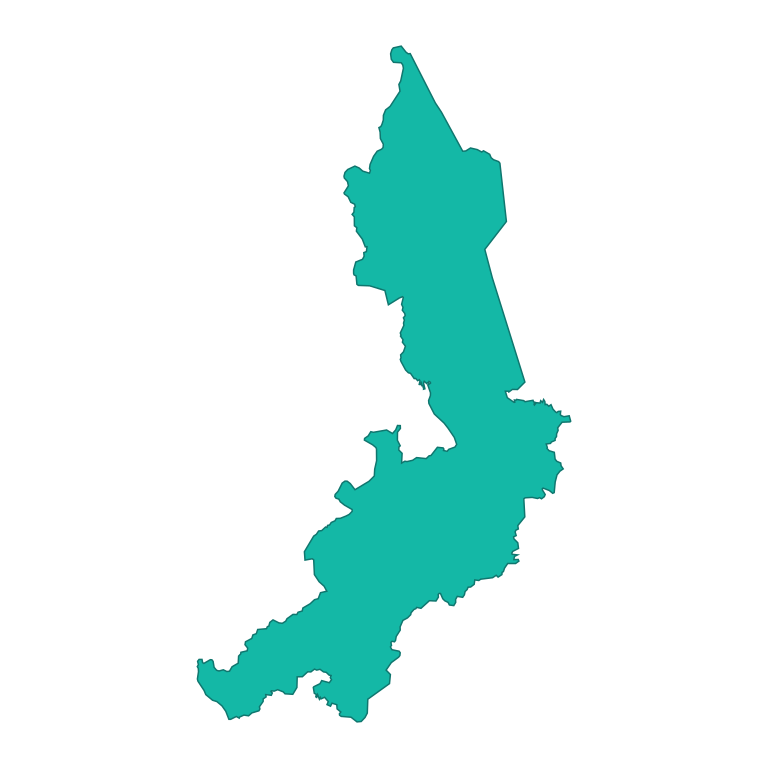 outline of Huehuetla, Hidalgo, Mexico
{"feature_id": "50627088B94198813487846", "entity_name": "Huehuetla", "entity_type": "district", "adm_level": 2, "iso_a3": "MEX", "parent_name": "Mexico", "parent_adm1": "Hidalgo", "projection": "natural_earth1", "projection_center": [-98.075, 20.532], "detail": "fine", "context": "isolated", "style": "filled", "palette": "teal", "viewbox_px": 768, "rotation_deg": 0, "n_neighbors": 0, "source": "geoboundaries", "source_scale": "gbopen_adm2", "svg_char_len": 6117}
<svg xmlns="http://www.w3.org/2000/svg" viewBox="0 0 768 768"><path d="M570.7,421.2L569.2,415.8L563.9,416.7L561.3,415.6L560.3,414.6L560.7,411.2L558.2,411.4L556.8,412.6L555.6,412.0L553.0,409.2L551.0,404.7L548.8,406.2L546.8,404.3L545.2,404.6L544.8,401.4L543.6,399.5L542.5,402.4L540.7,400.7L540.0,403.1L536.4,402.7L534.4,405.0L534.0,404.1L535.6,402.5L533.6,401.9L533.0,400.3L525.0,401.7L523.7,400.6L516.5,399.4L515.9,400.3L514.4,400.0L514.8,402.2L514.1,402.4L507.3,397.7L505.3,391.2L508.4,391.2L508.8,392.0L512.4,389.4L517.5,389.5L524.9,382.1L492.3,277.8L484.8,249.4L506.4,221.5L499.9,163.2L498.6,161.6L493.5,159.7L491.1,157.7L489.7,154.3L483.5,150.8L481.7,152.0L477.3,149.6L470.5,148.0L465.7,151.0L462.7,151.2L441.4,112.1L435.3,102.9L410.2,53.6L408.2,53.8L406.0,52.2L401.2,46.1L393.3,47.9L391.9,49.7L390.6,53.8L391.3,59.3L393.5,62.3L401.3,62.8L402.8,65.1L403.4,68.3L400.7,81.0L398.9,84.4L400.0,91.2L390.1,106.4L385.6,109.9L383.4,115.3L383.3,120.1L381.9,124.5L380.8,126.6L378.9,127.6L380.1,132.1L380.4,138.6L383.3,144.1L383.1,147.5L381.6,149.2L377.2,151.2L373.6,156.3L370.1,164.4L369.5,168.6L370.4,170.4L369.5,173.2L362.7,171.1L359.2,168.0L354.9,166.1L347.7,169.5L345.0,172.4L344.0,176.1L344.3,178.0L347.5,181.6L348.4,185.9L344.0,192.9L344.5,194.1L348.1,196.7L350.8,202.3L354.6,204.2L355.3,206.7L354.2,207.5L353.9,212.2L352.1,214.4L354.3,216.8L354.4,225.8L356.8,227.7L356.4,231.2L362.3,239.1L365.3,246.9L367.0,246.7L366.4,251.6L363.8,252.6L364.1,256.3L362.5,259.3L355.8,262.0L353.6,269.9L353.6,273.3L354.0,274.8L356.1,276.0L356.9,284.3L358.3,285.4L369.6,285.8L384.9,290.5L388.4,304.8L399.3,298.0L402.5,296.7L403.3,297.5L401.6,304.4L403.0,307.3L402.3,310.2L404.7,313.4L405.2,315.6L403.4,317.8L404.4,320.1L403.5,323.1L403.9,325.3L400.3,333.0L401.0,335.2L400.5,336.1L403.0,339.7L402.4,342.2L405.4,346.2L403.5,351.8L400.6,354.9L401.0,357.7L400.3,359.4L401.0,361.5L405.6,370.0L408.4,372.8L410.5,373.3L414.2,378.6L415.7,378.5L417.7,380.7L419.4,379.7L420.0,381.0L419.2,384.4L420.2,384.6L421.2,382.8L421.9,385.7L422.8,385.5L423.2,387.3L423.9,386.9L423.6,389.2L424.9,388.8L423.5,382.9L424.2,381.3L426.8,383.6L427.4,382.6L428.3,383.0L429.0,381.4L430.4,382.3L430.5,383.2L427.8,385.0L430.5,392.8L430.4,395.6L428.6,400.5L428.9,403.5L434.3,414.0L444.1,423.1L448.0,428.1L454.3,437.4L456.7,444.4L454.9,447.1L448.8,449.3L447.1,451.3L443.5,450.5L443.9,449.1L443.1,447.9L437.4,447.3L431.0,455.5L429.1,455.8L426.2,458.6L416.6,457.6L412.6,460.3L406.9,461.6L404.9,461.2L401.6,463.1L402.1,453.3L398.8,450.0L398.9,447.1L400.2,445.8L397.4,440.3L397.5,432.1L400.4,428.5L400.3,425.6L397.5,425.5L395.7,429.9L392.5,433.5L386.6,430.0L373.4,432.3L370.8,431.7L368.2,435.9L364.6,438.4L364.4,440.1L372.5,444.7L375.9,447.5L376.5,449.0L376.6,460.7L374.7,469.2L374.3,476.0L369.0,481.3L355.0,489.7L350.3,483.6L347.2,481.2L345.0,481.1L342.2,483.1L338.1,491.3L335.2,494.4L334.8,496.5L336.0,498.2L338.8,499.1L340.3,501.8L344.6,505.2L352.1,509.5L352.2,511.3L349.2,514.4L346.1,516.0L340.4,518.3L336.3,518.5L335.0,520.8L331.2,522.5L329.6,525.0L327.6,525.4L327.0,527.4L325.6,527.0L321.7,530.6L318.6,531.0L316.4,534.3L313.7,536.1L304.4,551.7L305.0,560.1L312.2,558.8L313.7,559.8L314.4,574.6L319.1,581.7L324.1,586.2L326.8,591.2L320.5,592.7L318.2,598.7L314.5,599.7L310.1,603.8L302.9,608.0L302.2,611.0L298.1,612.2L296.8,614.5L293.0,614.4L287.0,618.7L285.7,621.2L282.3,623.3L279.0,622.9L273.0,619.9L269.8,622.4L268.8,626.2L267.4,626.6L266.5,628.7L257.7,629.5L256.3,633.7L252.9,634.9L251.8,638.4L245.5,641.8L245.0,644.7L247.7,648.1L247.2,650.8L240.9,652.3L240.7,653.9L238.6,656.1L238.2,663.2L232.1,666.7L229.5,671.2L226.8,671.5L223.3,669.8L219.0,671.0L216.6,670.3L214.1,667.3L213.1,661.4L211.9,659.8L210.3,659.7L203.9,663.4L202.6,662.6L202.0,659.4L199.1,659.4L197.6,661.3L198.4,664.7L197.3,666.6L198.3,668.4L198.5,671.7L197.4,679.0L198.0,681.3L204.1,690.5L205.8,694.6L212.5,700.2L216.9,701.6L222.0,705.9L225.8,711.3L228.9,719.3L230.7,719.3L236.3,716.5L239.2,718.1L239.5,717.1L243.9,715.1L248.6,715.8L251.9,712.9L258.9,710.8L259.9,709.0L259.4,706.8L263.1,701.5L263.2,698.9L266.1,696.9L265.7,694.6L271.3,695.3L272.3,693.0L271.0,691.6L271.3,690.8L274.2,691.1L277.7,689.7L283.3,691.9L285.0,693.8L292.8,694.3L296.9,687.5L297.2,676.8L302.4,676.7L307.7,671.8L310.9,671.9L314.5,669.1L316.7,670.1L320.0,669.3L323.5,671.9L326.2,672.3L329.1,675.1L331.1,675.5L330.3,677.7L331.5,679.7L329.3,682.7L321.7,680.6L320.0,683.7L314.0,686.6L313.3,687.4L314.3,693.3L316.3,694.4L315.8,696.8L316.7,697.4L317.6,694.6L319.4,699.2L320.3,697.4L321.0,698.9L324.6,697.3L328.3,701.6L327.0,704.6L330.5,706.2L332.0,703.2L336.8,704.7L337.1,708.9L340.8,712.0L339.4,713.8L339.6,715.2L341.2,716.4L351.0,717.2L357.0,721.9L361.2,721.5L365.0,717.5L367.3,713.1L367.8,699.2L389.5,683.6L390.4,674.5L386.1,670.1L391.3,662.6L398.6,657.2L399.9,655.5L400.2,652.7L399.1,651.2L391.9,649.7L390.4,646.9L391.5,645.4L390.9,642.4L392.0,641.3L394.5,641.8L395.5,640.5L396.2,636.5L400.2,630.1L400.1,626.9L402.9,620.4L407.5,617.9L410.7,614.7L411.1,612.7L414.0,609.4L415.8,608.7L416.7,607.4L421.0,608.3L429.4,600.7L436.0,601.0L438.4,597.1L438.2,594.4L439.2,593.4L440.5,593.5L442.8,598.8L444.8,600.8L448.1,602.4L449.4,605.0L453.8,605.6L455.7,602.4L455.6,599.4L457.3,596.4L462.7,597.3L464.4,594.8L465.1,591.5L467.1,589.6L468.1,587.2L470.7,587.0L474.2,584.3L474.8,579.9L478.8,580.5L480.7,579.2L492.6,577.7L496.2,575.3L498.1,577.1L501.9,574.6L502.1,572.3L503.4,571.6L504.5,568.2L507.7,563.5L515.6,563.5L518.9,561.1L518.2,559.5L513.8,559.6L514.5,556.4L517.5,554.9L512.2,554.3L511.8,553.1L512.7,551.4L518.5,548.4L517.8,542.8L513.9,538.8L513.6,536.8L516.2,535.6L515.1,531.9L516.0,530.1L518.3,529.0L517.8,525.6L524.8,516.9L523.8,498.8L525.2,497.8L532.2,497.4L537.6,498.5L539.5,497.6L541.5,498.8L544.3,496.7L545.2,494.5L542.5,490.1L542.3,488.7L543.1,488.1L549.3,490.5L552.7,493.3L554.2,492.6L555.2,482.0L557.0,474.9L559.9,471.2L563.2,468.9L561.1,465.8L560.7,463.0L556.8,461.3L555.1,459.1L554.3,452.3L549.1,450.7L547.0,448.5L547.3,447.4L546.2,444.0L550.5,443.4L551.4,442.0L555.1,440.4L555.1,438.5L556.5,436.6L556.6,433.8L558.1,430.4L557.7,427.8L562.1,422.2L570.0,421.9L570.7,421.2Z" fill="#14b8a6" stroke="#0f766e" stroke-width="1.5"/></svg>